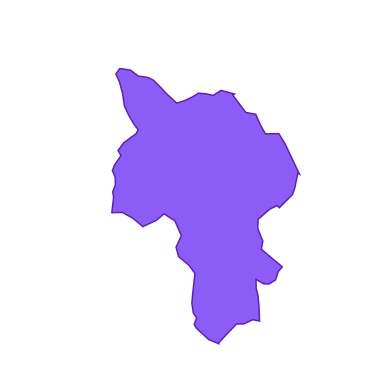 the district of Gimje-si, North Jeolla, South Korea, rotated 40°
{"feature_id": "91817680B35753357340942", "entity_name": "Gimje-si", "entity_type": "district", "adm_level": 2, "iso_a3": "KOR", "parent_name": "South Korea", "parent_adm1": "North Jeolla", "projection": "orthographic", "projection_center": [126.91, 35.788], "detail": "fine", "context": "isolated", "style": "filled", "palette": "violet", "viewbox_px": 384, "rotation_deg": 40, "n_neighbors": 0, "source": "geoboundaries", "source_scale": "gbopen_adm2", "svg_char_len": 1232}
<svg xmlns="http://www.w3.org/2000/svg" viewBox="0 0 384 384"><g transform="rotate(40 192 192)"><path d="M309.2,191.3L289.1,191.3L281.9,191.3L277.9,184.1L265.8,177.7L260.2,170.4L262.6,155.2L265.8,147.9L269.0,147.9L270.6,129.2L268.2,123.0L260.9,109.4L262.7,109.2L232.2,95.2L220.9,91.5L210.9,100.3L200.9,96.5L190.8,91.5L182.0,96.5L160.7,91.5L161.5,89.7L148.9,95.5L146.2,104.4L140.1,107.5L133.4,112.1L131.3,118.8L127.2,127.5L123.1,133.7L109.7,133.1L101.5,132.1L90.7,131.1L84.5,132.6L76.3,137.7L66.5,138.2L57.3,143.8L57.8,150.5L65.5,154.2L75.2,160.9L85.0,169.6L93.7,173.7L104.0,177.4L110.7,178.9L111.7,183.5L110.2,189.2L108.1,198.0L108.3,201.4L108.6,207.7L114.2,209.8L115.3,221.1L117.3,226.8L123.5,229.9L128.6,235.6L131.2,242.8L135.3,246.4L143.9,259.4L151.6,252.5L163.7,250.1L176.6,250.1L183.0,236.4L184.6,226.7L197.5,225.1L212.0,232.4L215.2,244.4L223.2,250.1L236.9,250.1L246.6,252.5L254.6,264.5L259.5,271.8L263.5,277.4L270.7,283.8L276.4,285.4L278.8,291.9L282.8,293.5L299.7,294.3L310.1,291.0L309.4,290.2L310.2,275.7L311.0,264.5L316.6,259.6L320.6,250.8L326.7,247.4L316.6,236.3L309.3,229.1L302.9,224.3L297.2,217.8L306.1,216.2L310.1,213.0L312.5,205.7L309.3,197.7L309.2,191.3Z" fill="#8b5cf6" stroke="#5b21b6" stroke-width="1.5"/></g></svg>